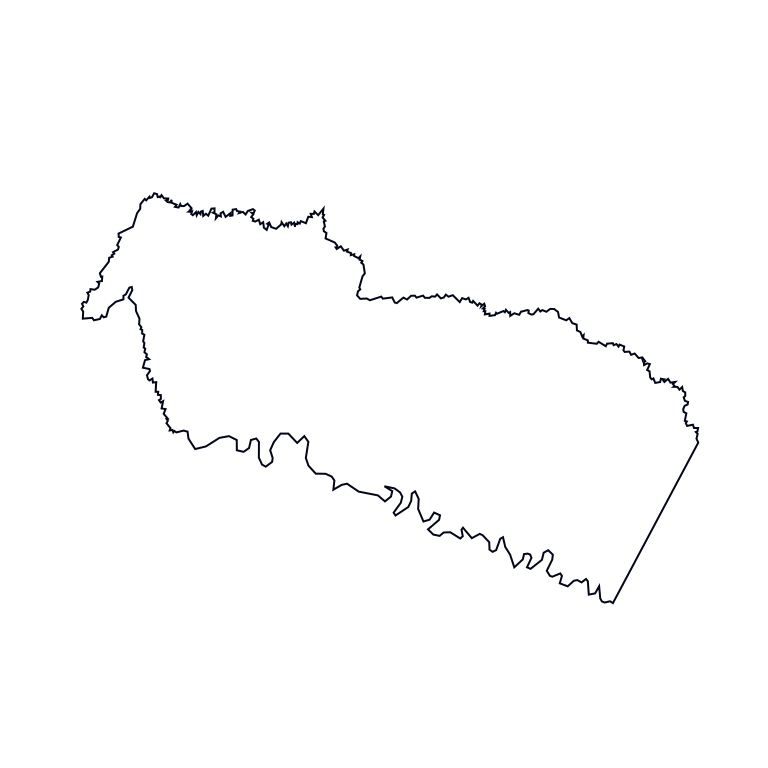 Mapiripán, Meta, Colombia (Natural Earth projection), rotated 28°
{"feature_id": "7082276B47302113121733", "entity_name": "Mapiripán", "entity_type": "district", "adm_level": 2, "iso_a3": "COL", "parent_name": "Colombia", "parent_adm1": "Meta", "projection": "natural_earth1", "projection_center": [-72.385, 3.106], "detail": "fine", "context": "isolated", "style": "outline", "palette": "ink", "viewbox_px": 768, "rotation_deg": 28, "n_neighbors": 0, "source": "geoboundaries", "source_scale": "gbopen_adm2", "svg_char_len": 6115}
<svg xmlns="http://www.w3.org/2000/svg" viewBox="0 0 768 768"><g transform="rotate(28 384 384)"><path d="M91.5,323.5L91.5,328.0L89.9,329.6L89.0,328.7L87.8,333.5L85.8,332.9L84.5,339.6L86.5,343.8L85.8,349.1L88.4,363.0L79.0,375.8L80.8,378.7L82.9,378.2L83.2,386.6L85.5,387.5L86.0,390.1L82.9,394.8L84.6,395.6L83.2,398.1L84.6,399.0L82.1,401.6L83.6,405.4L81.1,419.6L83.7,422.2L84.8,421.4L86.6,425.5L83.1,428.3L85.4,429.0L86.3,432.9L84.3,436.6L80.3,438.0L81.2,440.4L79.2,442.6L81.5,444.1L83.0,448.8L83.0,451.9L80.4,452.4L79.7,455.0L82.1,456.6L81.5,459.7L84.4,461.3L87.4,467.7L95.3,462.6L98.0,463.9L102.6,460.0L102.6,455.8L105.2,456.7L107.1,454.9L105.2,445.9L108.6,437.3L114.2,431.6L112.5,428.4L114.0,426.1L113.9,418.5L115.7,416.8L117.7,419.3L117.9,427.7L127.6,430.7L130.8,436.0L137.5,441.2L139.7,446.2L143.1,447.8L143.3,449.9L145.1,449.7L146.8,453.0L149.3,453.0L151.3,459.4L153.2,460.3L154.7,464.6L156.6,464.9L157.5,468.4L160.7,469.1L161.3,471.8L164.9,472.4L161.8,475.1L163.5,482.8L169.9,480.9L171.3,482.4L170.6,487.6L173.5,490.6L175.3,490.9L177.0,487.9L179.3,491.2L182.0,489.3L186.0,498.1L188.3,496.9L189.5,499.7L192.2,498.6L194.0,502.0L192.9,503.9L195.5,505.2L197.0,502.9L199.1,510.0L202.9,508.7L203.5,513.8L209.4,516.1L208.4,516.9L210.4,518.0L210.4,520.8L216.2,523.2L216.6,525.6L218.8,523.9L220.7,525.6L221.0,523.9L223.4,524.2L229.0,519.2L232.9,518.3L237.0,524.0L247.8,530.1L256.1,522.7L264.0,508.8L271.6,502.8L280.3,502.6L285.2,511.6L291.9,509.8L294.9,503.9L292.8,495.9L296.8,492.1L300.8,493.9L308.1,507.8L314.1,512.4L318.4,512.5L321.8,505.3L320.5,501.7L314.6,495.9L314.0,487.0L315.9,476.4L322.8,472.7L335.0,476.8L338.1,467.4L344.4,470.6L349.7,486.0L355.7,491.6L365.8,495.2L374.6,490.7L381.3,490.3L385.5,492.5L388.9,501.1L394.0,492.9L398.2,489.4L412.2,490.9L430.9,485.2L440.0,487.2L443.0,480.1L441.6,474.7L432.4,474.1L442.4,471.2L449.1,472.2L453.1,474.9L454.6,481.0L452.9,493.1L455.9,494.7L463.2,481.2L462.9,474.5L460.0,467.7L461.9,464.2L468.6,469.2L472.8,478.3L483.4,486.9L488.0,482.3L488.6,474.0L495.1,473.6L496.4,478.1L491.1,491.7L498.3,493.8L504.4,492.0L506.4,487.1L512.1,483.8L523.9,484.6L525.0,481.4L520.8,476.2L521.2,473.8L533.9,478.9L538.9,471.4L542.0,471.2L551.2,474.3L554.9,480.7L558.7,481.2L561.0,478.0L559.3,466.1L561.0,463.4L567.5,470.9L575.5,475.5L585.1,484.7L588.9,473.7L587.5,468.5L590.5,466.3L593.1,466.0L595.8,468.2L596.3,478.7L600.2,478.4L606.0,465.1L604.2,458.0L607.0,453.7L613.2,455.4L615.0,460.1L615.4,472.5L620.6,475.5L623.1,475.1L628.6,468.5L631.2,469.9L632.8,477.5L641.2,476.4L644.0,468.6L646.7,466.4L651.6,466.4L653.9,461.3L656.6,462.5L663.7,473.8L668.7,469.8L668.9,461.6L675.6,471.8L678.5,473.7L681.5,473.3L685.6,469.7L689.0,470.0L689.0,288.2L685.6,285.6L684.3,280.7L681.9,280.0L683.0,278.8L682.0,275.4L678.3,277.3L675.9,274.9L671.3,278.7L668.8,276.8L669.0,274.9L666.9,275.3L664.7,267.9L661.7,268.0L660.0,265.8L659.7,262.1L661.7,259.6L660.9,257.1L657.6,257.6L654.9,255.1L655.6,253.1L653.9,250.0L651.2,249.9L648.7,246.7L647.5,250.3L644.4,248.8L641.1,250.5L641.6,249.4L639.1,248.4L640.1,245.5L636.3,248.3L632.4,246.1L630.6,250.6L628.8,249.7L629.2,248.3L626.0,249.3L626.9,252.6L623.0,255.7L619.3,252.6L618.1,254.2L616.0,253.3L612.5,248.1L609.8,248.1L609.4,241.6L606.8,242.2L604.7,245.2L603.2,242.8L604.0,241.3L600.6,239.7L600.9,241.2L599.2,239.6L596.6,241.5L591.0,239.4L588.5,242.2L585.5,240.2L581.4,242.7L579.6,241.8L578.5,238.1L573.5,238.6L573.5,240.9L570.5,239.6L568.5,241.9L566.9,240.5L562.0,243.7L562.1,246.5L553.6,246.0L553.0,248.6L544.6,251.8L543.5,249.8L538.6,250.3L537.3,247.2L536.8,249.1L533.0,245.9L529.2,246.1L526.2,241.1L521.7,241.9L516.7,238.8L515.0,242.2L507.4,243.1L503.8,238.7L499.0,237.9L495.5,239.7L493.4,244.0L489.1,244.4L488.0,246.6L484.8,245.1L483.2,252.2L481.5,253.5L478.2,253.6L477.3,251.2L475.9,251.4L471.0,255.9L470.9,259.4L465.8,260.4L463.5,264.6L461.6,261.3L460.7,262.7L456.8,261.2L457.0,263.9L455.1,263.6L450.8,268.9L449.5,268.5L449.7,271.1L445.2,274.3L444.1,272.3L440.4,275.2L439.3,272.2L437.9,272.9L437.5,270.4L435.9,270.9L436.8,267.9L434.8,266.1L433.4,269.7L433.1,268.1L430.4,267.9L429.8,270.9L423.7,268.8L423.8,270.7L421.6,271.2L418.2,268.2L416.6,270.9L412.7,271.5L412.4,276.1L403.0,273.3L400.0,276.6L396.6,276.1L396.2,279.5L394.0,281.7L388.8,280.0L388.1,282.9L385.0,284.1L383.6,286.7L379.6,288.7L377.0,287.6L372.1,292.5L369.9,291.5L366.5,293.4L364.7,298.6L360.6,298.6L357.3,306.6L355.2,307.0L350.6,303.7L342.9,309.2L340.6,308.1L332.2,316.7L328.7,316.6L323.0,320.0L318.6,318.4L317.5,314.4L318.6,311.6L316.9,310.4L314.5,299.0L315.1,295.3L309.8,288.2L307.0,287.6L307.4,286.1L307.2,285.5L304.1,285.7L303.1,282.5L302.4,284.9L297.4,285.0L296.8,283.4L294.2,285.8L293.3,283.9L289.2,284.5L288.8,282.3L286.0,285.1L281.2,282.7L278.9,287.0L277.2,286.1L278.5,285.2L277.7,283.8L274.2,282.2L264.1,282.9L262.3,277.7L259.1,277.3L257.6,275.2L257.9,272.7L254.5,268.7L255.6,267.4L251.6,265.8L251.7,262.8L250.3,262.9L248.2,257.6L246.6,265.8L241.6,264.3L242.2,266.7L239.4,268.2L242.0,270.5L238.6,271.9L239.6,278.7L234.1,279.2L234.3,281.9L231.8,281.7L232.5,283.5L230.6,284.3L231.6,287.0L228.9,283.7L227.5,286.7L225.9,284.9L224.0,286.4L225.0,289.8L222.3,288.2L221.9,291.5L217.6,289.2L218.3,291.3L215.9,297.6L210.8,298.4L206.8,295.3L205.7,297.4L207.3,297.5L208.1,303.0L204.6,302.4L201.4,297.9L199.7,301.0L196.3,297.7L194.1,301.0L191.5,301.5L191.1,299.4L188.4,299.0L188.9,295.5L187.1,295.0L188.7,294.5L188.4,291.5L186.2,291.1L182.5,295.2L182.2,299.3L178.6,298.3L175.8,301.1L175.9,299.4L173.0,300.3L171.4,299.0L168.5,301.1L171.1,306.3L169.3,307.7L168.2,305.3L165.7,310.8L161.1,307.5L159.6,310.1L161.3,312.6L158.6,312.9L157.8,316.6L156.4,312.9L152.6,313.0L153.6,311.7L151.9,308.5L149.3,310.2L149.8,317.9L146.8,317.3L145.5,320.5L142.7,316.3L141.4,317.7L142.2,320.2L139.3,319.2L139.4,322.9L137.3,320.4L136.0,324.7L134.0,324.4L133.6,322.3L130.9,323.4L132.4,321.1L131.0,321.4L131.5,319.1L125.9,317.0L123.9,320.8L121.4,322.1L119.6,320.8L119.8,324.6L116.3,325.7L116.7,323.1L111.1,323.7L110.1,321.1L109.7,324.2L107.4,325.0L105.4,324.4L106.9,322.8L106.4,321.5L102.6,323.4L98.9,321.7L98.8,325.0L98.2,323.5L96.5,325.2L94.4,322.9L91.5,323.5Z" fill="none" stroke="#020617" stroke-width="2"/></g></svg>